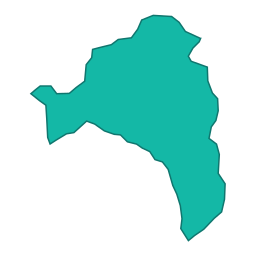 Mjölby, Östergötland, Sweden (Mercator projection)
{"feature_id": "70781695B90308748952791", "entity_name": "Mjölby", "entity_type": "district", "adm_level": 2, "iso_a3": "SWE", "parent_name": "Sweden", "parent_adm1": "Östergötland", "projection": "mercator", "projection_center": [15.167, 58.323], "detail": "fine", "context": "isolated", "style": "filled", "palette": "teal", "viewbox_px": 256, "rotation_deg": 0, "n_neighbors": 0, "source": "geoboundaries", "source_scale": "gbopen_adm2", "svg_char_len": 953}
<svg xmlns="http://www.w3.org/2000/svg" viewBox="0 0 256 256"><path d="M50.1,144.0L56.1,140.1L66.5,133.8L73.9,132.6L80.2,126.9L86.6,121.1L94.6,124.0L104.4,130.9L114.2,134.3L120.5,134.9L127.4,141.8L136.6,144.1L142.3,148.1L149.8,151.6L155.0,159.6L162.4,161.9L168.2,169.4L172.8,185.5L176.8,194.1L180.3,205.6L182.0,218.8L180.8,228.6L187.7,239.5L188.4,240.6L194.6,235.5L203.8,229.2L214.2,218.3L221.6,211.9L224.5,199.3L225.1,183.8L218.2,173.4L219.3,154.5L216.5,144.1L209.0,138.4L211.3,126.9L215.9,120.5L218.2,110.8L217.6,98.7L212.4,93.0L207.8,80.9L207.3,67.1L191.2,61.3L188.3,56.2L192.9,48.1L199.2,41.8L200.6,38.4L200.4,38.4L185.4,31.5L179.1,22.3L171.6,16.5L153.2,15.4L141.7,20.0L137.7,29.2L131.4,37.8L118.2,39.5L111.3,44.7L99.8,47.5L92.6,49.4L91.7,57.7L86.2,64.7L84.7,81.2L76.2,87.5L69.3,93.4L56.7,93.7L50.9,86.0L40.2,86.0L34.7,90.4L30.9,93.7L39.6,100.7L45.9,105.2L46.8,119.5L47.7,137.5L50.1,144.0Z" fill="#14b8a6" stroke="#0f766e" stroke-width="1.5"/></svg>